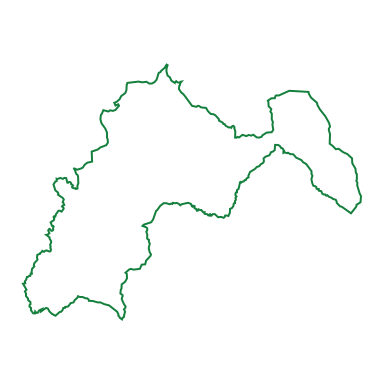 San Calixto, Norte de Santander, Colombia (orthographic projection)
{"feature_id": "7082276B87116730162989", "entity_name": "San Calixto", "entity_type": "district", "adm_level": 2, "iso_a3": "COL", "parent_name": "Colombia", "parent_adm1": "Norte de Santander", "projection": "orthographic", "projection_center": [-73.16, 8.446], "detail": "fine", "context": "isolated", "style": "outline", "palette": "green", "viewbox_px": 384, "rotation_deg": 0, "n_neighbors": 0, "source": "geoboundaries", "source_scale": "gbopen_adm2", "svg_char_len": 5907}
<svg xmlns="http://www.w3.org/2000/svg" viewBox="0 0 384 384"><path d="M166.6,64.6L164.6,67.9L161.2,70.8L160.4,72.1L158.7,72.9L156.8,79.1L156.1,80.3L154.6,82.0L152.0,83.5L149.3,83.6L146.6,81.8L142.3,82.3L138.5,81.6L127.4,82.9L126.7,85.0L126.4,90.2L125.3,93.0L121.1,96.2L119.7,99.1L116.9,101.7L114.3,102.8L115.5,105.5L118.2,104.3L119.0,105.8L115.4,110.0L112.8,110.9L110.1,110.3L108.4,111.5L103.3,110.2L101.9,113.8L100.9,115.0L100.4,119.2L101.5,123.3L105.3,128.6L107.0,132.6L107.0,137.6L107.6,139.0L107.9,142.6L106.2,145.2L100.2,147.5L97.8,149.5L91.7,151.6L92.1,161.6L87.3,162.7L84.7,164.7L82.8,167.6L81.0,168.5L77.1,169.7L73.5,168.1L74.8,169.7L76.1,173.7L77.7,175.2L78.1,176.8L78.3,183.5L77.3,186.0L77.5,188.5L75.9,189.0L75.2,188.2L74.3,188.4L72.3,187.6L72.0,186.8L73.0,185.6L72.2,184.6L71.1,184.2L71.0,183.0L70.3,182.2L69.1,181.9L67.9,182.8L67.3,182.6L66.2,178.1L64.4,177.9L62.8,178.9L60.3,177.9L57.3,179.1L56.6,178.8L56.7,181.1L55.3,181.6L53.5,184.4L55.3,190.3L57.9,192.5L58.4,193.9L58.0,194.7L62.6,197.8L63.8,199.5L62.7,202.2L63.4,202.9L64.2,205.0L62.6,205.7L62.0,206.5L63.5,207.8L63.7,208.7L61.6,211.6L59.8,210.7L58.4,210.8L56.0,214.2L55.3,216.6L54.7,216.8L54.2,216.3L53.7,216.6L53.6,217.4L54.3,218.8L53.8,220.2L50.6,222.3L52.0,225.8L53.1,225.9L53.6,226.5L53.0,228.4L53.2,229.8L52.5,230.7L51.3,230.8L49.7,228.9L49.2,229.0L48.2,230.4L49.4,233.2L47.5,234.7L46.3,234.9L49.5,237.3L49.6,238.7L51.1,241.1L51.1,242.5L50.1,244.9L50.7,246.6L50.3,247.8L51.0,249.5L50.4,251.3L49.3,251.5L46.5,250.4L45.0,250.9L44.0,251.8L42.3,250.9L41.6,252.1L40.2,253.0L40.1,253.8L37.3,254.8L37.0,257.6L37.5,259.7L34.2,263.4L33.8,265.5L34.3,266.4L32.1,268.8L31.6,271.9L31.9,273.6L30.7,273.6L30.3,275.9L29.1,275.9L28.2,276.8L26.9,277.0L26.1,279.8L24.9,281.3L25.2,283.3L23.0,283.7L26.5,289.7L24.9,291.4L26.0,293.5L26.0,296.1L28.1,298.6L28.1,300.1L30.4,302.0L30.5,304.1L29.6,305.0L29.5,306.7L31.1,308.0L30.9,310.1L33.1,313.3L34.8,313.5L35.2,311.5L36.4,312.9L38.3,312.5L38.4,311.4L39.3,310.3L41.7,309.2L40.7,310.9L40.8,311.6L46.1,307.9L47.9,308.6L49.4,311.4L52.0,313.9L55.5,315.7L59.7,312.0L61.2,311.7L62.5,310.2L63.3,308.0L64.9,307.9L65.1,307.0L68.1,306.5L70.7,303.1L73.5,302.4L74.7,300.1L77.3,297.8L78.0,296.2L79.7,297.0L82.6,297.0L85.5,298.3L87.2,298.3L88.6,299.5L88.9,300.8L92.8,301.0L97.7,302.4L100.4,302.4L104.4,304.2L109.1,305.4L117.1,311.7L118.4,314.2L118.3,315.7L119.4,316.6L119.8,317.8L122.0,319.4L122.6,317.7L123.7,317.3L124.1,316.5L124.1,314.8L125.1,311.9L124.0,309.3L125.3,307.9L125.6,306.4L124.2,304.6L121.8,299.3L121.9,297.6L122.6,296.5L122.6,295.1L120.4,293.5L120.8,289.7L121.5,288.7L121.7,284.4L125.1,281.8L127.0,278.3L126.8,273.9L125.5,272.7L129.3,269.4L131.0,268.9L132.9,269.5L134.8,269.5L139.9,268.8L141.7,264.7L145.2,264.3L146.1,260.6L150.4,256.0L151.0,254.5L149.6,252.0L148.7,248.1L149.8,243.5L148.9,241.9L148.9,239.7L147.6,239.2L147.1,238.1L147.3,234.6L146.3,231.7L147.2,230.4L147.2,228.2L145.8,227.1L142.5,225.9L142.7,225.6L143.9,224.6L151.1,222.3L153.1,219.5L156.1,210.9L157.2,210.1L160.2,205.9L163.6,203.2L166.3,203.2L169.8,204.3L171.0,203.6L172.3,204.0L172.9,202.8L175.0,203.3L176.6,202.9L178.7,203.8L180.3,205.3L181.5,204.3L188.0,202.8L190.8,203.8L191.4,205.2L192.2,205.5L192.0,206.3L192.7,206.8L193.3,206.7L193.9,205.9L194.6,206.2L194.6,208.3L196.3,209.0L196.8,210.7L197.8,210.7L198.5,209.3L200.2,210.1L201.3,210.0L203.0,212.1L204.6,212.2L204.3,213.2L204.6,213.8L207.4,214.3L208.2,215.4L209.8,215.6L209.5,214.6L210.1,214.1L210.8,214.7L210.9,215.6L211.4,215.7L212.8,214.1L214.8,214.1L218.1,217.2L221.1,216.9L223.6,217.8L224.6,217.1L225.1,215.6L226.8,215.5L228.4,216.0L229.9,212.6L230.0,208.9L231.8,208.2L233.3,206.2L233.8,203.5L235.0,203.1L235.0,200.9L235.9,199.8L235.5,197.7L236.5,196.5L235.3,194.8L235.8,192.6L237.0,192.3L237.0,190.1L238.6,188.8L240.1,182.1L240.5,181.9L241.2,182.6L242.5,181.6L243.7,181.5L244.6,180.2L245.8,180.1L246.5,178.5L248.6,177.3L248.3,176.0L250.1,171.9L254.8,169.1L256.9,166.9L259.3,166.2L260.4,164.6L263.3,162.7L263.9,161.3L263.6,158.4L265.5,156.7L269.3,155.3L270.2,154.1L270.8,152.3L272.9,151.6L274.7,150.1L275.1,144.9L278.3,145.0L280.0,146.2L281.3,148.2L282.5,148.3L284.3,151.2L284.2,151.7L283.4,151.7L283.4,152.9L284.6,152.4L287.1,153.2L288.0,152.7L290.2,154.1L293.3,154.3L296.2,157.7L301.3,160.0L303.2,162.3L306.2,164.0L311.5,171.2L311.5,173.8L312.4,175.8L311.4,179.2L312.3,183.3L313.4,185.8L314.7,186.0L316.3,187.0L316.6,188.8L318.8,189.1L318.5,190.2L318.9,190.7L321.3,191.2L322.2,193.6L324.0,194.6L325.1,194.4L326.2,195.7L327.4,195.2L329.0,196.8L331.9,197.9L332.7,198.8L335.8,199.8L336.6,201.4L336.7,202.8L339.9,206.2L342.0,206.9L351.0,213.3L356.3,206.6L356.5,204.8L360.5,202.3L361.0,196.1L359.6,193.3L357.2,185.3L357.4,182.8L356.3,180.8L356.9,179.4L356.8,174.0L355.9,172.9L355.5,168.8L352.3,163.3L352.0,158.3L347.4,154.1L343.0,152.1L338.7,148.8L335.8,149.2L332.7,145.9L329.7,143.7L330.0,134.1L328.8,130.0L328.9,128.7L330.0,126.6L329.1,123.0L325.4,116.4L319.8,109.3L317.5,105.2L316.9,102.7L311.0,97.6L308.9,93.8L308.5,91.9L289.2,90.8L278.8,95.5L276.2,95.4L275.4,96.1L274.8,98.2L271.4,98.3L267.8,100.7L268.4,101.9L268.6,106.2L271.3,109.1L270.4,111.7L271.8,113.6L271.8,119.5L272.9,122.0L272.4,124.5L273.3,129.8L271.7,132.2L266.7,132.6L262.6,135.2L261.4,136.9L259.1,137.6L256.7,137.4L253.3,134.7L251.3,135.6L248.7,135.0L246.3,136.1L242.5,134.8L239.1,137.4L237.4,136.9L236.6,137.7L235.1,137.6L235.3,131.1L234.3,128.3L234.5,127.2L233.5,125.9L232.3,126.1L231.3,127.8L230.3,127.3L228.8,127.5L225.6,125.7L224.6,124.1L223.4,124.0L222.7,122.6L219.1,120.7L218.8,119.1L215.4,115.3L213.7,114.3L210.7,113.9L208.0,111.2L206.0,107.9L201.2,107.4L199.0,106.0L198.0,105.8L196.3,106.8L192.1,105.9L185.3,96.6L183.2,94.0L181.3,92.6L179.0,89.2L179.2,86.0L179.9,85.0L180.2,83.1L181.5,81.6L180.4,81.8L179.6,82.7L177.7,82.4L176.2,81.2L175.6,82.1L174.6,82.2L174.6,82.8L171.3,80.6L170.0,77.4L167.6,75.6L166.4,71.3L166.6,68.3L167.6,65.2L166.6,64.6Z" fill="none" stroke="#15803d" stroke-width="2"/></svg>